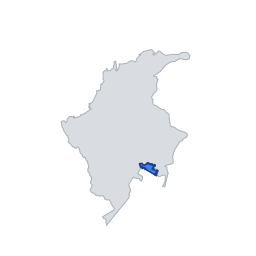 Paná-paná (Campo Alegre), Guainía, Colombia (highlighted), rotated 30°
{"feature_id": "7082276B62655490891692", "entity_name": "Paná-paná (Campo Alegre)", "entity_type": "district", "adm_level": 2, "iso_a3": "COL", "parent_name": "Colombia", "parent_adm1": "Guainía", "projection": "robinson", "projection_center": [-69.293, 2.063], "detail": "fine", "context": "in_parent", "style": "filled", "palette": "blue", "viewbox_px": 256, "rotation_deg": 30, "n_neighbors": 0, "source": "geoboundaries", "source_scale": "gbopen_adm2", "svg_char_len": 6835}
<svg xmlns="http://www.w3.org/2000/svg" viewBox="0 0 256 256"><g transform="rotate(30 128 128)"><path d="M144.5,39.7L142.3,40.7L138.1,41.9L135.2,47.2L133.2,48.2L130.8,51.3L129.0,55.3L127.6,63.2L124.0,70.0L124.3,70.3L125.7,70.0L127.1,69.3L127.5,69.5L128.0,70.7L129.7,71.0L131.0,76.5L133.5,79.3L133.7,80.3L134.0,82.6L133.2,84.0L132.9,89.0L133.7,90.3L135.5,90.8L136.8,93.9L137.5,94.6L138.7,95.1L141.4,94.6L146.3,95.1L147.5,95.0L150.3,94.0L153.8,95.3L156.4,95.5L163.4,104.9L164.1,104.7L165.0,105.2L166.8,104.3L168.3,104.1L170.3,104.6L173.0,104.6L178.3,103.6L179.1,103.1L182.0,103.6L182.9,104.3L183.3,106.1L183.0,107.2L182.0,108.3L181.4,109.7L181.3,111.4L180.8,112.6L179.8,113.5L179.5,114.7L179.7,116.2L179.2,123.3L179.6,123.9L179.9,126.9L181.1,130.7L181.7,131.7L182.8,132.6L184.6,135.8L184.2,136.8L179.4,141.7L179.1,142.8L180.1,142.4L181.6,142.8L182.1,144.0L185.7,147.4L185.6,148.7L186.6,151.3L186.5,151.9L188.9,159.2L189.0,160.7L187.0,161.1L186.9,156.2L186.6,155.2L184.2,150.9L183.8,150.5L182.2,151.0L179.6,154.3L178.4,154.7L177.4,154.3L176.4,152.4L175.8,152.0L175.2,153.6L176.0,155.1L164.5,155.0L162.2,154.5L159.2,155.2L159.1,162.6L164.6,162.7L166.1,164.8L165.9,166.5L166.2,167.1L164.8,167.5L162.9,166.3L159.6,167.7L157.1,168.0L156.9,176.2L158.4,178.2L161.3,180.4L161.7,181.9L161.5,183.3L162.2,185.1L163.2,186.0L163.2,187.1L163.7,188.2L158.0,222.8L156.0,220.7L155.2,218.8L154.2,218.0L152.3,218.6L150.3,217.7L156.9,205.9L156.7,204.9L151.1,202.0L150.6,201.3L147.9,199.7L146.5,200.2L145.6,200.9L143.6,201.2L142.0,199.9L140.0,199.1L137.7,201.1L137.0,201.1L135.4,201.9L133.6,202.3L131.3,201.4L129.4,202.0L128.1,201.9L127.6,201.3L126.0,200.6L125.8,199.8L126.2,198.3L125.5,195.5L125.3,195.0L124.0,194.9L122.5,193.9L122.2,193.3L122.5,192.1L122.3,191.1L120.8,188.8L118.8,188.2L116.9,186.3L115.0,185.7L114.1,184.3L113.2,181.2L111.2,178.8L109.8,178.0L109.4,176.9L107.9,176.8L106.0,175.2L105.1,175.1L104.5,175.8L102.7,175.1L101.2,173.9L99.6,173.6L98.5,172.9L96.7,170.7L94.6,169.6L93.4,170.0L93.0,171.7L92.4,172.0L90.0,171.5L89.6,171.9L89.0,171.8L86.1,170.6L83.3,170.1L82.6,167.4L80.8,166.4L80.2,165.1L79.0,165.2L74.1,162.7L72.1,161.0L70.4,160.0L68.6,158.1L68.3,157.3L67.0,156.2L67.7,154.7L69.3,153.6L71.5,154.4L71.7,152.7L71.0,151.2L71.3,147.8L71.9,147.1L73.1,146.4L73.8,146.6L74.3,146.1L76.1,146.3L76.6,146.1L78.0,144.7L78.6,143.6L79.2,143.7L80.6,141.9L80.4,140.0L81.7,139.6L83.2,136.6L83.8,136.5L84.1,135.1L86.6,130.1L85.7,130.7L84.7,130.3L84.9,128.7L84.6,128.5L83.8,129.7L83.1,128.4L83.3,126.3L82.1,126.7L82.2,126.2L83.8,124.6L84.5,120.9L84.0,119.6L83.7,114.1L83.4,113.0L82.1,111.6L84.2,110.1L84.9,108.9L84.0,106.4L82.7,104.3L82.7,103.1L83.5,103.2L83.8,99.8L83.1,98.5L82.2,98.5L79.4,93.4L78.5,92.4L79.2,89.9L80.1,88.9L79.9,87.0L80.4,87.1L81.6,88.8L82.1,88.5L84.0,87.0L84.1,85.5L85.6,83.9L83.5,78.7L82.8,77.9L83.6,76.3L84.1,76.4L84.9,78.0L86.3,79.0L88.2,81.9L89.0,82.6L88.4,83.2L88.3,83.9L88.6,84.3L89.7,84.4L90.1,83.6L89.8,80.1L89.4,78.3L88.4,77.1L88.7,76.6L90.7,75.7L94.8,72.3L96.3,69.2L97.3,68.1L98.6,67.3L100.1,67.5L101.2,67.1L101.6,66.1L100.8,63.9L101.7,60.9L101.7,59.4L102.3,58.5L102.1,58.2L100.6,59.2L102.1,57.1L103.2,53.9L109.3,48.2L113.2,49.6L114.4,49.5L112.8,50.2L112.5,51.0L113.1,51.9L113.7,52.1L114.2,51.6L115.5,48.3L115.7,46.4L116.3,45.8L117.1,45.6L120.9,46.4L124.6,46.1L130.5,41.4L135.0,39.3L136.1,37.4L136.4,35.9L137.2,35.4L138.0,35.4L138.5,34.6L140.6,33.3L142.8,33.2L145.1,34.3L146.2,36.2L146.3,37.6L144.5,39.7ZM76.2,145.7L75.9,146.0L75.4,145.5L75.2,144.9L75.5,144.5L75.9,144.7L76.2,145.7Z" fill="#d9dde1" stroke="#a8b0b8" stroke-width="1"/><path d="M159.2,155.2L159.3,155.1L159.4,155.3L159.5,155.2L159.4,155.3L159.5,155.3L159.6,155.2L159.7,155.3L159.8,155.3L159.8,155.2L159.9,155.3L159.9,155.2L160.0,155.2L160.2,154.9L160.3,155.0L160.3,154.9L160.5,154.9L160.4,154.9L160.5,154.9L160.8,155.0L160.9,154.9L160.9,155.0L161.0,154.9L161.1,155.1L161.2,154.9L161.3,154.9L161.3,155.0L161.4,154.9L161.5,154.9L161.5,155.0L161.5,154.8L161.8,154.7L162.0,154.6L161.9,154.6L162.0,154.6L162.1,154.4L162.3,154.4L162.4,154.5L162.5,154.5L162.8,154.6L162.7,154.7L162.8,154.7L162.9,154.8L162.9,154.7L162.9,154.8L163.0,154.8L163.0,154.6L163.2,154.8L163.3,154.7L163.3,154.8L163.5,154.9L163.8,154.9L163.7,155.0L176.1,155.0L176.0,154.8L175.9,154.9L175.8,154.6L176.0,154.5L175.8,154.4L175.7,154.3L175.5,154.5L175.5,154.4L175.4,154.4L175.3,154.5L175.3,154.3L175.5,153.8L175.4,153.9L175.2,153.9L174.9,153.8L174.9,153.7L175.0,153.6L174.9,153.6L175.0,153.5L175.0,153.4L175.3,152.8L175.2,152.8L175.3,152.7L175.6,152.3L175.3,152.0L175.2,151.8L175.2,151.6L175.2,151.4L175.3,151.2L175.4,150.9L175.5,150.7L175.4,150.5L175.4,150.4L175.3,150.1L175.2,150.0L175.0,149.9L174.9,149.8L174.7,149.9L174.7,150.0L174.5,150.4L174.4,150.5L174.5,150.6L174.4,150.7L174.5,150.7L174.5,150.8L174.2,151.0L174.2,150.9L174.1,151.0L174.0,150.9L173.9,150.9L173.9,151.0L173.8,150.9L173.8,151.0L173.8,150.9L173.7,150.8L173.5,151.0L173.4,151.0L173.4,150.9L173.3,151.0L173.2,151.0L172.8,151.0L172.7,151.0L172.4,151.1L172.2,151.1L171.8,151.0L171.7,151.0L171.5,150.9L171.3,151.0L171.3,150.9L171.2,151.0L171.1,150.8L170.9,150.8L170.7,150.8L170.8,150.8L170.7,150.6L170.4,150.5L170.2,150.6L169.9,150.6L169.7,150.8L169.8,150.8L169.7,150.8L169.6,151.0L169.2,150.4L169.3,150.1L169.3,149.9L169.4,149.5L169.4,148.9L169.6,148.9L169.8,148.8L170.1,148.5L170.1,148.3L170.3,148.0L170.3,147.6L170.4,147.4L170.5,147.3L170.5,147.2L170.4,147.0L170.1,147.3L169.9,146.9L169.8,147.1L169.7,147.0L169.5,147.3L169.4,147.2L169.2,147.1L168.9,147.1L168.9,147.3L168.7,147.3L168.6,147.2L168.5,147.3L168.5,147.1L168.4,147.2L168.2,147.3L167.9,147.3L167.8,147.6L167.6,147.5L167.7,147.8L167.4,147.8L167.2,147.9L167.2,148.1L166.7,148.1L166.4,148.0L166.4,147.9L166.3,148.0L166.2,147.9L166.1,148.0L166.1,147.9L165.9,147.9L166.0,147.8L165.9,147.8L165.9,147.7L165.8,147.8L165.7,147.7L165.5,147.8L165.4,147.8L165.2,148.0L165.2,147.9L165.0,148.0L164.9,148.0L164.7,148.2L164.4,148.3L164.2,148.3L163.9,148.3L163.8,148.2L163.7,148.0L163.6,147.9L163.4,147.9L163.3,148.0L163.2,148.0L162.9,148.2L162.7,148.2L162.7,148.4L162.8,148.6L162.7,148.6L162.7,148.8L162.7,149.0L162.6,149.4L162.5,149.5L162.4,149.4L162.4,149.5L162.3,149.8L162.2,149.9L162.2,150.0L162.0,150.3L161.9,150.2L161.9,150.4L161.8,150.5L161.7,150.5L161.5,150.9L161.3,151.1L161.2,151.1L161.1,151.3L161.0,151.5L161.0,151.8L160.8,152.0L160.7,152.0L160.3,152.1L160.2,152.2L159.9,152.2L159.7,152.2L159.4,152.1L158.5,151.9L158.3,151.7L157.7,151.8L157.2,152.0L156.8,152.7L156.8,152.8L156.6,152.7L156.5,152.8L156.3,152.7L156.1,152.7L156.0,152.8L155.9,153.0L155.9,153.4L156.1,153.4L156.4,153.7L156.5,153.8L156.7,154.0L156.8,154.1L157.1,154.4L157.4,154.5L157.6,154.6L157.9,154.7L157.9,154.8L158.4,154.7L158.5,154.7L158.5,154.8L158.8,154.9L158.8,155.0L158.9,154.9L158.9,155.0L159.0,155.0L158.9,155.1L159.0,155.1L159.2,155.2Z" fill="#3b82f6" stroke="#1e3a8a" stroke-width="1.5"/></g></svg>